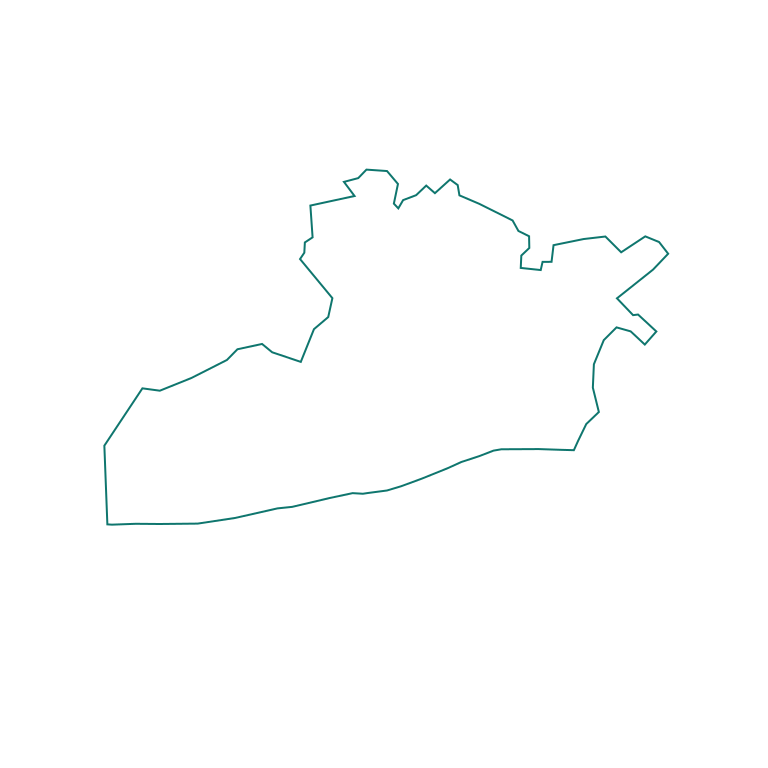 Mirishkar, Kashkadarya, Uzbekistan, rotated 316°
{"feature_id": "79887680B34481827361029", "entity_name": "Mirishkar", "entity_type": "district", "adm_level": 2, "iso_a3": "UZB", "parent_name": "Uzbekistan", "parent_adm1": "Kashkadarya", "projection": "orthographic", "projection_center": [65.084, 38.797], "detail": "fine", "context": "isolated", "style": "outline", "palette": "teal", "viewbox_px": 768, "rotation_deg": 316, "n_neighbors": 0, "source": "geoboundaries", "source_scale": "gbopen_adm2", "svg_char_len": 1207}
<svg xmlns="http://www.w3.org/2000/svg" viewBox="0 0 768 768"><g transform="rotate(316 384 384)"><path d="M87.5,292.8L90.6,296.2L108.3,312.1L125.3,328.8L153.0,355.0L183.8,376.9L221.0,399.5L232.6,408.6L265.6,428.2L285.6,440.7L292.6,448.3L296.8,451.3L312.2,462.7L325.2,469.4L345.6,478.4L371.6,488.9L385.4,493.8L402.3,502.0L416.5,508.0L423.1,512.5L450.1,538.3L465.4,554.1L474.6,563.5L484.2,559.7L501.7,553.3L519.1,553.4L531.7,531.7L548.7,515.6L572.6,505.1L590.6,504.8L598.0,517.5L599.0,536.8L616.4,535.4L615.0,510.5L611.0,507.5L611.1,484.2L657.0,488.6L678.9,487.7L680.5,473.0L674.5,459.3L646.1,454.0L645.7,431.7L628.3,418.4L602.4,401.9L589.4,412.5L582.9,406.3L575.9,410.9L563.0,395.5L572.0,387.0L583.0,387.1L591.0,378.5L587.0,367.3L590.1,355.7L577.7,320.6L569.3,300.7L575.2,292.1L573.6,282.8L553.2,282.1L552.2,270.6L538.3,270.5L525.5,265.0L516.3,267.6L516.4,261.1L533.0,249.8L534.1,232.9L520.3,217.6L508.5,218.0L495.6,210.8L493.4,228.3L455.0,204.5L434.5,228.9L425.4,227.2L417.9,234.2L410.4,235.8L406.5,286.4L390.4,297.1L371.7,295.9L339.5,310.3L325.6,283.5L324.1,270.5L302.7,257.2L287.7,257.6L249.7,245.9L218.1,233.1L207.2,219.3L140.0,234.1L87.5,292.8Z" fill="none" stroke="#0f766e" stroke-width="2"/></g></svg>